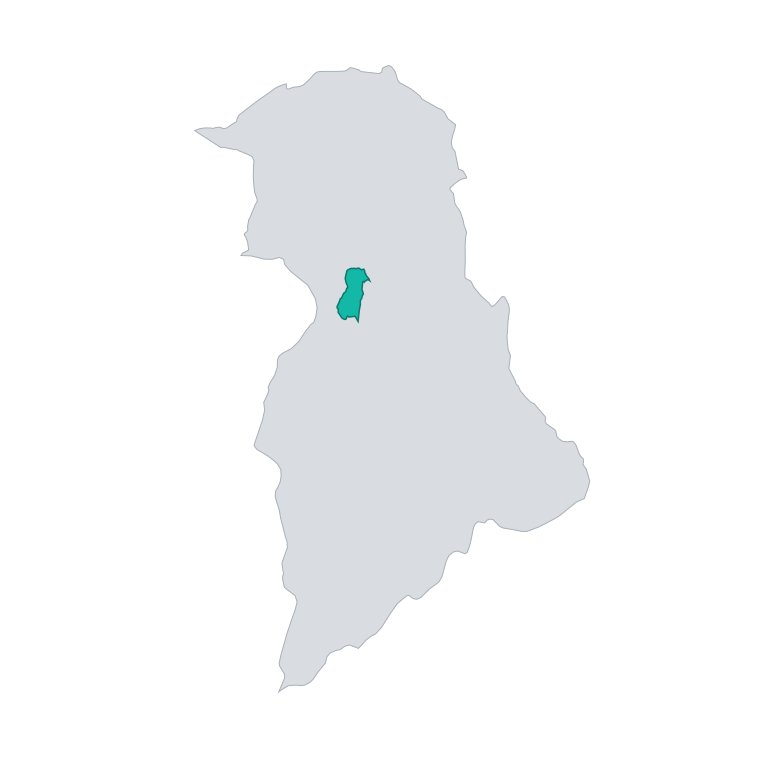 Sibut, Kémo, Central African Republic (highlighted), rotated 96°
{"feature_id": "33826404B70800381391301", "entity_name": "Sibut", "entity_type": "district", "adm_level": 2, "iso_a3": "CAF", "parent_name": "Central African Republic", "parent_adm1": "Kémo", "projection": "orthographic", "projection_center": [19.084, 5.828], "detail": "fine", "context": "in_parent", "style": "filled", "palette": "teal", "viewbox_px": 768, "rotation_deg": 96, "n_neighbors": 0, "source": "geoboundaries", "source_scale": "gbopen_adm2", "svg_char_len": 4830}
<svg xmlns="http://www.w3.org/2000/svg" viewBox="0 0 768 768"><g transform="rotate(96 384 384)"><path d="M535.9,281.9L543.0,283.7L544.3,285.9L542.4,293.2L543.9,297.7L547.9,301.5L552.1,303.1L556.0,304.0L569.6,306.2L575.3,308.8L582.9,317.2L592.4,324.9L594.7,328.9L594.4,332.7L591.6,337.2L592.1,339.1L596.5,343.5L601.5,348.1L610.6,353.2L626.3,361.0L633.6,366.4L636.1,370.4L640.2,374.8L645.8,378.8L649.6,381.9L647.2,390.8L648.0,393.7L649.4,396.2L652.7,399.7L654.1,404.1L657.4,409.7L661.3,412.2L667.8,413.1L671.2,415.6L678.3,420.0L685.2,423.7L688.2,426.3L690.1,428.7L691.7,431.4L692.5,434.2L692.7,440.2L694.0,447.6L697.7,452.6L701.2,456.4L687.1,452.2L685.1,452.2L682.6,452.9L675.3,458.4L673.0,459.1L663.8,458.1L641.4,454.2L624.1,450.3L618.9,448.9L609.7,447.6L603.7,450.4L598.0,460.0L596.4,461.9L587.5,464.8L583.2,464.1L572.8,466.8L556.8,463.0L551.0,463.9L546.6,465.9L535.0,470.3L528.1,472.8L519.9,475.1L512.2,478.6L507.0,480.5L501.9,480.6L497.3,478.6L492.2,477.0L486.2,476.7L479.9,477.7L474.6,481.6L472.5,484.3L467.9,491.5L462.5,503.3L460.3,505.6L458.4,506.9L433.1,501.2L422.3,499.9L415.0,501.7L405.8,498.5L401.7,497.9L399.8,498.9L394.7,497.5L386.4,493.5L378.4,491.9L371.2,492.5L366.9,491.1L363.3,487.3L358.8,480.1L350.5,473.1L339.5,467.4L332.7,463.2L329.9,460.3L324.0,458.8L314.9,458.5L306.2,461.3L293.7,470.1L282.1,488.2L275.6,495.2L270.4,496.9L269.1,501.3L271.7,508.3L272.3,516.2L270.5,529.8L271.2,539.7L268.4,538.1L265.7,533.5L264.5,532.6L256.8,534.6L252.8,536.5L250.7,538.3L249.1,538.6L246.6,536.1L244.7,535.6L241.7,536.1L238.6,536.0L236.6,535.7L235.3,535.9L231.7,534.4L218.5,530.6L216.2,529.3L213.6,529.4L206.7,532.7L203.1,533.6L192.2,535.6L180.4,536.6L176.0,536.6L172.9,538.1L170.9,540.2L167.2,552.7L166.3,554.8L166.4,558.0L165.4,568.0L165.8,571.2L151.8,598.8L149.4,594.1L148.0,588.7L147.5,582.6L147.8,580.9L146.9,579.1L145.7,574.0L146.9,570.7L145.9,567.3L143.2,564.0L140.8,561.4L139.3,559.1L138.2,558.1L135.4,557.7L131.8,556.5L116.3,540.2L100.2,521.8L97.0,515.9L95.7,512.5L99.6,512.1L100.6,511.5L100.7,509.9L98.3,505.2L97.1,499.3L95.2,495.6L88.9,490.0L82.9,485.7L80.9,483.5L79.9,480.4L77.7,460.7L76.7,455.1L74.8,452.6L73.4,451.5L72.9,450.1L73.2,446.6L74.0,443.5L74.0,442.2L75.7,439.5L75.8,421.3L73.9,418.8L70.3,418.7L68.4,416.0L66.8,412.7L67.3,410.3L70.8,406.6L73.1,405.2L80.0,402.3L81.9,400.9L83.2,399.1L84.0,396.7L88.0,387.4L94.0,378.1L96.6,376.2L102.6,362.5L104.1,358.9L105.1,355.4L107.1,352.6L113.6,348.0L118.6,339.9L123.9,340.4L129.4,341.7L136.4,342.4L141.9,340.8L145.4,337.7L162.5,332.3L163.7,327.9L166.4,325.6L169.6,323.6L170.6,323.4L170.9,324.8L172.7,329.4L176.6,333.9L182.2,338.9L183.8,338.6L187.4,334.8L196.3,332.6L198.5,331.5L204.8,326.1L212.4,322.6L216.8,321.3L224.5,317.7L229.9,318.2L238.7,317.7L253.2,316.0L263.8,315.4L269.1,314.7L270.4,314.0L272.5,308.7L274.1,307.3L278.1,305.0L285.8,297.1L290.9,290.4L292.4,288.0L293.5,287.5L295.7,284.7L293.5,281.8L284.8,275.9L285.0,275.1L284.5,274.0L284.9,273.2L288.2,270.8L292.7,268.1L297.5,267.0L309.9,267.2L320.4,266.6L322.9,266.8L331.1,265.4L336.8,264.1L342.5,261.2L355.6,261.5L366.5,254.2L369.7,252.9L371.0,251.7L371.5,250.6L376.5,247.7L382.2,241.7L386.7,236.4L387.9,232.6L400.2,219.7L404.5,219.9L406.6,218.4L411.4,209.8L412.9,208.2L418.0,206.7L420.4,204.1L422.4,200.3L422.4,195.7L421.4,191.9L421.4,190.1L422.6,188.5L424.5,186.8L433.8,182.1L436.2,179.9L437.6,177.9L440.2,177.5L443.0,177.7L444.8,176.4L446.9,174.3L453.3,171.5L459.3,169.2L465.5,170.1L477.0,172.9L480.5,179.0L482.1,181.1L496.4,195.4L499.1,198.8L506.3,209.3L510.6,216.3L515.7,226.5L516.2,232.0L515.6,236.7L514.8,250.2L513.6,254.0L507.5,261.3L507.3,264.6L508.6,267.3L510.5,268.4L511.7,269.7L511.0,276.0L513.3,278.5L518.0,280.1L529.8,281.1L535.9,281.9Z" fill="#d9dde1" stroke="#a8b0b8" stroke-width="1"/><path d="M324.5,416.3L321.4,416.3L313.6,416.3L307.1,415.8L306.0,416.0L305.4,416.2L304.1,416.1L302.7,416.0L301.9,415.6L301.4,415.1L299.8,415.0L298.7,414.8L296.4,413.9L295.1,414.6L293.9,415.0L292.7,415.8L285.1,415.8L284.5,415.6L284.2,415.2L284.3,414.8L284.8,414.3L284.3,414.0L283.6,413.5L283.2,412.8L282.7,412.2L282.1,411.6L282.1,410.7L282.2,410.0L282.7,409.1L282.2,409.4L281.2,409.8L278.3,412.7L277.0,413.5L275.9,413.9L275.6,414.5L275.2,414.8L274.3,414.9L273.2,415.2L271.9,416.1L272.3,417.2L272.7,418.4L272.5,419.2L271.5,420.7L271.5,422.3L272.3,423.8L272.0,425.9L272.4,426.8L272.4,428.6L273.9,431.4L275.1,432.6L276.7,433.0L278.0,432.9L278.6,433.2L283.1,433.6L286.9,432.4L289.0,431.3L290.3,430.5L291.0,430.3L292.1,430.3L292.6,431.0L293.8,431.3L295.5,431.6L296.5,431.9L297.7,433.3L299.4,434.1L303.0,435.2L303.5,436.3L306.3,436.9L312.0,438.8L313.4,438.5L313.7,437.9L313.9,437.5L317.8,437.0L319.3,435.5L322.3,433.2L323.1,432.1L323.8,430.3L323.8,429.3L323.6,428.7L322.6,428.2L320.9,427.8L320.2,427.2L321.1,425.8L320.8,424.6L319.7,419.8L324.5,416.3Z" fill="#14b8a6" stroke="#0f766e" stroke-width="1.5"/></g></svg>